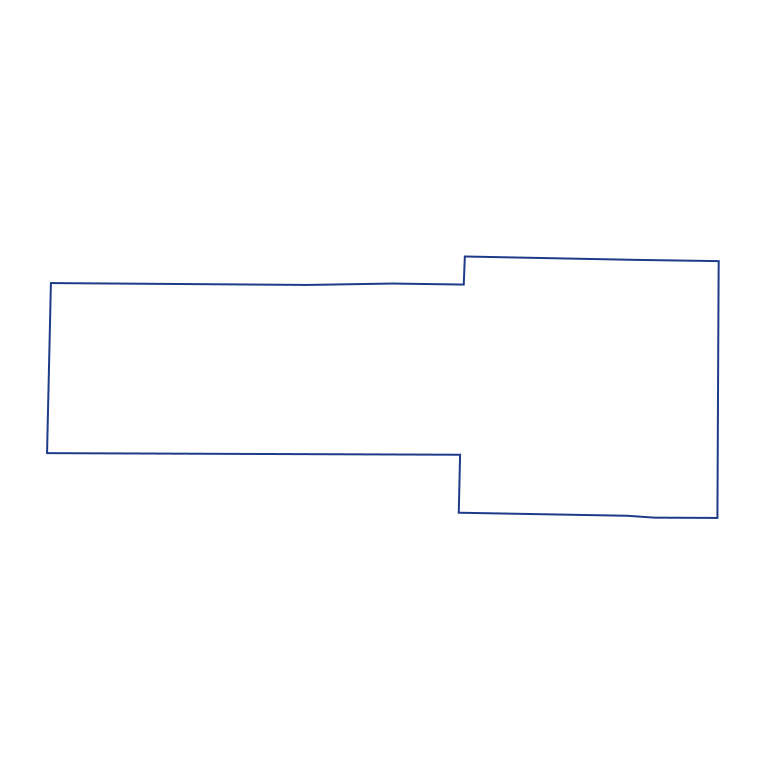 Mille Lacs, Minnesota, United States of America (orthographic projection), rotated 91°
{"feature_id": "52423323B96230110326853", "entity_name": "Mille Lacs", "entity_type": "district", "adm_level": 2, "iso_a3": "USA", "parent_name": "United States of America", "parent_adm1": "Minnesota", "projection": "orthographic", "projection_center": [-93.624, 45.903], "detail": "fine", "context": "isolated", "style": "outline", "palette": "blue", "viewbox_px": 768, "rotation_deg": 91, "n_neighbors": 0, "source": "geoboundaries", "source_scale": "gbopen_adm2", "svg_char_len": 354}
<svg xmlns="http://www.w3.org/2000/svg" viewBox="0 0 768 768"><g transform="rotate(91 384 384)"><path d="M511.5,138.5L512.9,111.4L512.1,48.3L265.2,51.4L255.3,51.5L255.5,136.0L255.1,305.4L283.2,306.0L283.4,377.1L286.3,462.6L288.9,718.8L459.0,719.7L456.7,548.3L453.4,306.7L511.4,307.0L511.5,138.5Z" fill="none" stroke="#1e3a8a" stroke-width="2"/></g></svg>